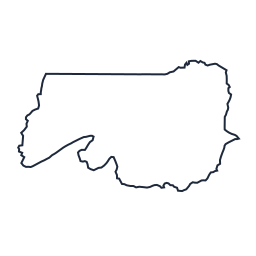 São Luiz do Norte, Goiás, Brazil (Mercator projection), rotated 178°
{"feature_id": "56859067B41949017144878", "entity_name": "São Luiz do Norte", "entity_type": "district", "adm_level": 2, "iso_a3": "BRA", "parent_name": "Brazil", "parent_adm1": "Goiás", "projection": "mercator", "projection_center": [-49.272, -14.909], "detail": "fine", "context": "isolated", "style": "outline", "palette": "slate", "viewbox_px": 256, "rotation_deg": 178, "n_neighbors": 0, "source": "geoboundaries", "source_scale": "gbopen_adm2", "svg_char_len": 2540}
<svg xmlns="http://www.w3.org/2000/svg" viewBox="0 0 256 256"><g transform="rotate(178 128 128)"><path d="M208.1,185.0L211.1,179.0L212.1,175.6L212.6,172.7L213.2,170.7L213.5,168.7L213.9,166.9L214.0,164.9L216.5,164.9L217.7,163.4L216.9,159.8L216.5,157.7L216.1,153.6L217.1,150.6L220.1,149.7L222.9,148.4L224.7,146.4L226.1,145.0L228.1,144.1L229.6,142.3L229.7,140.4L227.9,138.7L229.3,135.8L229.1,132.9L231.9,129.5L234.9,126.9L233.1,123.8L233.6,119.5L234.2,114.4L237.3,114.1L238.4,112.2L237.5,110.7L237.8,108.3L234.6,106.9L235.6,104.5L232.7,102.5L233.6,100.8L235.8,96.7L233.9,94.1L231.3,92.7L228.9,92.7L226.6,92.4L224.6,93.1L217.7,96.5L215.9,97.4L212.7,98.7L210.3,99.9L207.7,101.1L204.8,103.5L202.5,104.7L200.8,105.7L198.1,107.5L193.5,110.6L191.4,111.8L188.5,113.3L185.5,114.6L183.3,115.8L180.0,117.3L177.6,118.4L175.7,119.2L172.5,120.5L170.3,120.6L166.3,121.5L164.3,121.5L162.7,120.6L163.8,117.0L166.6,115.2L168.6,112.4L170.3,109.7L171.8,107.6L175.0,107.8L177.2,106.9L178.8,105.3L178.4,102.5L177.4,99.6L176.6,96.6L174.3,96.0L172.3,96.4L170.5,95.6L169.7,93.2L169.2,89.7L166.8,88.2L163.7,87.0L158.8,89.2L156.0,89.4L153.2,91.3L150.8,93.6L149.4,95.4L147.7,97.9L145.7,99.7L143.4,99.4L141.9,95.6L140.7,92.1L140.0,89.7L140.8,86.8L142.0,84.7L140.7,81.4L140.7,78.1L138.6,77.7L136.0,72.3L133.6,72.0L131.3,70.8L127.9,70.0L124.5,69.8L122.0,68.4L118.7,68.9L114.3,68.3L111.1,67.8L108.1,68.3L105.5,69.4L103.5,70.0L101.1,70.1L98.1,68.7L96.7,67.1L94.0,67.4L94.6,69.2L93.3,71.2L91.3,71.8L89.4,71.2L87.7,69.4L85.2,69.2L83.9,67.6L81.1,66.6L80.2,63.6L76.1,63.1L74.3,63.9L71.9,64.7L70.1,66.7L68.8,68.2L67.8,69.9L65.2,71.5L62.9,71.0L60.6,70.9L56.4,73.0L54.6,73.1L52.3,72.9L50.4,74.8L49.3,76.9L48.3,78.7L46.8,80.7L44.4,80.9L42.6,81.9L40.4,82.3L41.1,84.0L39.9,87.5L37.2,89.0L37.2,92.7L36.1,96.1L34.5,100.1L33.4,102.5L32.4,105.1L32.1,106.9L31.0,108.5L27.8,110.2L24.5,111.7L21.3,113.2L19.5,113.1L17.6,113.5L19.8,116.3L21.5,117.4L24.6,118.5L27.1,119.8L29.3,121.3L31.4,123.1L31.4,125.2L30.9,135.7L29.6,137.9L28.6,141.1L27.6,142.7L27.1,144.8L27.8,148.6L26.7,150.4L25.4,152.7L24.4,155.2L23.8,157.9L25.9,159.5L26.4,161.5L26.3,164.3L24.9,165.4L25.9,167.5L27.8,169.0L27.6,173.4L27.6,176.7L28.3,180.1L27.5,182.3L35.4,187.4L36.9,188.7L38.7,189.2L40.7,188.9L44.0,188.4L46.2,187.7L48.4,188.6L49.3,190.5L51.0,190.9L53.3,192.4L55.3,190.8L58.1,192.8L62.3,192.9L64.9,192.5L64.8,190.1L66.5,189.0L67.3,191.1L68.8,189.4L69.4,186.4L73.4,186.4L75.2,187.1L80.5,182.9L84.3,182.2L86.7,180.8L89.2,180.3L111.4,181.2L113.3,181.2L208.1,185.0Z" fill="none" stroke="#1e293b" stroke-width="2"/></g></svg>